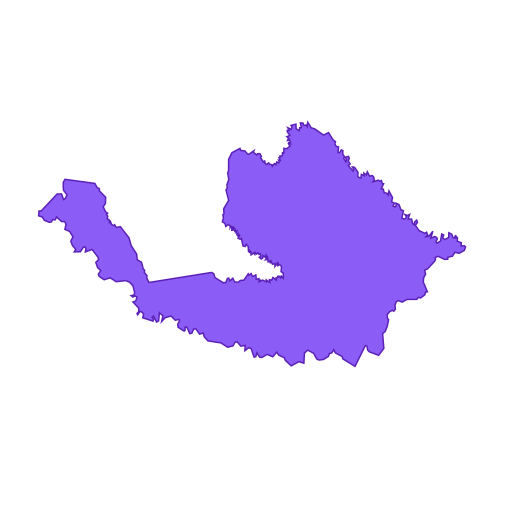 Solano, Caquetá, Colombia, rotated 351°
{"feature_id": "7082276B1556586451217", "entity_name": "Solano", "entity_type": "district", "adm_level": 2, "iso_a3": "COL", "parent_name": "Colombia", "parent_adm1": "Caquetá", "projection": "equal_earth", "projection_center": [-73.482, 0.241], "detail": "fine", "context": "isolated", "style": "filled", "palette": "violet", "viewbox_px": 512, "rotation_deg": 351, "n_neighbors": 0, "source": "geoboundaries", "source_scale": "gbopen_adm2", "svg_char_len": 6129}
<svg xmlns="http://www.w3.org/2000/svg" viewBox="0 0 512 512"><g transform="rotate(351 256 256)"><path d="M79.4,150.4L77.2,153.0L76.4,157.7L76.2,161.1L78.9,166.0L76.7,169.3L74.7,170.1L73.7,164.3L69.4,163.6L50.9,177.9L48.7,177.6L47.6,182.3L51.0,184.1L52.6,187.7L57.1,190.4L59.0,190.4L61.0,188.3L63.3,188.9L65.1,186.3L69.4,191.6L72.5,192.1L73.3,195.0L71.4,199.8L75.8,202.6L78.2,208.5L75.4,212.4L76.4,217.1L79.0,221.2L77.1,223.5L83.2,224.3L86.7,220.5L88.5,220.2L89.2,222.1L88.1,225.3L95.1,223.9L99.8,232.5L99.9,235.0L96.8,237.2L97.7,242.6L100.4,246.2L97.4,249.3L98.0,251.7L102.3,255.7L108.5,254.7L113.9,259.5L123.3,259.9L127.0,262.1L129.8,266.3L130.4,272.5L129.6,275.5L126.5,275.6L127.9,277.2L130.6,276.7L132.0,278.0L130.2,281.6L127.3,282.2L132.0,289.1L131.5,292.6L129.5,294.1L129.9,295.6L132.7,292.7L134.4,293.4L135.9,295.8L134.4,299.3L144.1,304.2L144.9,302.9L143.9,300.1L145.4,299.3L147.5,305.7L149.7,304.8L151.7,296.9L154.7,300.5L152.5,306.0L156.8,302.7L162.7,302.0L166.2,306.8L170.2,306.6L170.2,308.3L168.0,311.1L167.9,314.2L173.2,318.9L174.3,318.4L174.8,315.3L176.5,315.2L178.4,322.3L180.6,322.2L182.9,318.4L185.2,318.6L188.1,324.4L191.7,323.8L192.3,327.9L195.4,332.4L207.7,336.3L213.8,341.7L219.2,341.2L222.0,337.8L224.1,338.0L226.8,342.6L231.3,342.7L230.2,347.8L234.4,345.4L236.7,346.7L238.3,355.6L240.1,355.3L241.7,351.8L243.9,356.6L246.0,357.1L251.7,354.9L256.8,358.2L261.4,354.2L263.0,357.5L267.9,360.8L268.8,363.9L273.6,370.0L281.9,367.1L286.5,369.4L288.6,359.6L292.3,357.0L297.8,361.2L299.9,367.3L301.9,368.6L306.3,368.8L311.8,366.5L313.2,363.9L315.6,363.6L318.2,360.7L319.1,364.0L325.3,368.7L325.7,371.2L336.5,380.5L350.0,361.6L351.6,362.4L351.5,366.3L353.0,368.4L361.6,373.3L367.8,367.3L368.9,352.5L371.8,350.7L374.6,346.0L377.0,339.7L376.0,337.9L376.5,334.4L379.1,332.0L382.3,330.9L383.4,332.1L385.4,330.3L385.5,326.6L387.4,323.0L389.6,322.3L393.1,324.4L398.5,322.5L408.0,324.0L409.9,322.3L412.0,323.2L416.6,320.8L417.9,318.1L419.7,318.2L417.2,308.0L418.1,303.9L420.7,300.4L420.3,296.5L423.5,295.5L431.2,289.5L432.7,287.7L432.8,285.5L435.8,284.8L441.7,288.8L444.8,289.2L445.4,287.2L450.0,286.9L453.0,283.5L457.1,285.1L462.7,283.0L464.4,279.8L463.3,278.4L460.2,278.3L460.8,275.0L457.1,272.8L457.8,269.7L456.4,267.2L455.6,267.5L455.8,269.4L453.5,268.6L452.7,265.0L450.1,263.2L449.2,267.8L445.2,269.3L443.2,267.5L444.7,264.7L442.9,263.3L440.6,270.1L436.8,271.6L435.9,270.2L437.8,267.5L437.3,265.9L435.6,264.7L431.5,265.7L434.5,259.2L430.0,263.5L427.0,263.5L428.9,262.2L428.2,259.2L426.3,260.0L421.0,256.4L418.2,250.6L420.7,248.2L420.3,245.7L418.1,247.0L417.1,250.0L415.8,248.5L415.5,243.9L412.1,243.4L414.2,239.0L412.1,239.7L409.6,238.4L410.8,240.9L408.7,242.9L406.0,241.5L408.7,234.2L406.4,233.2L405.3,227.5L402.5,225.8L402.2,228.7L400.8,229.3L399.2,228.0L401.1,225.5L398.4,223.6L400.0,219.7L397.5,212.6L396.1,216.5L395.0,214.4L392.5,213.5L392.2,209.9L390.3,209.2L393.3,204.6L392.0,204.3L391.7,201.1L390.1,201.6L388.7,200.2L383.2,201.0L384.7,199.3L384.6,196.4L383.5,194.8L380.7,194.8L379.1,190.2L377.8,193.1L375.5,191.0L375.5,193.7L372.8,191.9L371.9,195.2L370.0,194.7L369.0,193.1L369.8,189.3L367.2,183.8L365.1,183.1L366.0,185.8L365.1,187.2L361.2,181.1L363.5,179.9L362.0,176.9L363.4,174.1L363.0,172.1L359.8,172.4L360.5,175.3L359.5,177.1L357.9,173.3L359.0,171.9L357.6,168.8L358.3,165.7L356.9,164.5L354.9,166.9L353.2,166.7L354.6,161.2L352.4,160.3L351.4,157.7L352.4,155.5L350.1,153.0L347.0,145.5L341.6,147.1L333.9,139.6L330.7,138.1L328.0,132.1L326.8,136.2L326.1,134.5L323.6,134.5L323.2,132.0L320.6,131.5L320.9,136.3L319.3,136.1L318.2,139.0L315.5,136.5L316.1,132.0L311.0,132.5L311.7,133.9L310.7,136.4L307.5,134.3L308.5,137.2L306.6,136.7L306.3,138.2L308.4,142.2L305.1,143.0L306.6,144.6L305.2,146.8L307.4,146.5L307.7,150.4L306.1,149.1L305.6,149.9L307.0,150.5L306.0,151.2L306.8,152.8L302.8,154.9L300.4,154.0L299.6,158.6L298.3,158.2L297.6,161.2L295.2,161.0L295.1,162.4L294.1,162.4L295.0,165.4L294.1,166.2L294.6,164.8L293.2,164.8L293.8,165.9L292.9,167.7L291.2,166.3L290.0,168.9L288.7,167.6L286.2,169.9L286.1,168.3L283.7,167.5L283.1,166.0L280.6,167.2L278.7,164.8L279.5,164.8L279.4,163.5L277.7,163.9L276.1,159.8L275.3,160.3L276.9,158.4L275.9,155.6L273.6,155.1L272.6,156.4L269.6,153.1L270.4,151.7L265.0,154.4L263.6,153.9L261.5,150.5L257.3,149.3L257.0,147.2L248.4,150.2L244.1,156.2L242.2,167.6L241.0,169.5L241.1,176.2L238.4,181.1L238.3,184.6L236.7,185.9L237.7,196.8L231.5,204.2L231.0,209.3L229.7,210.1L229.8,213.2L228.1,217.0L230.4,218.9L230.8,222.1L233.6,220.6L235.2,222.3L234.9,223.9L235.9,222.7L236.8,223.3L236.0,226.8L238.1,226.9L237.3,224.8L238.2,223.9L239.5,226.1L239.0,228.3L241.2,228.1L239.7,229.9L241.1,230.7L240.4,232.0L241.6,233.8L242.5,233.7L242.6,232.1L243.1,233.0L241.0,235.6L243.0,237.0L244.3,236.3L244.8,244.2L246.9,244.9L248.2,242.9L249.8,245.4L249.3,250.4L250.4,251.5L250.4,249.5L251.6,251.2L251.3,254.1L253.9,252.7L255.1,254.3L255.7,252.3L257.1,254.2L258.6,253.1L259.3,255.0L260.7,254.6L260.7,257.0L259.0,257.8L260.8,259.8L262.3,259.2L263.0,256.7L264.6,258.4L265.8,256.8L265.6,259.3L267.0,258.2L267.3,259.9L265.0,261.2L267.3,261.3L267.0,263.7L268.9,263.2L269.0,265.5L270.0,263.4L271.0,266.7L273.6,266.5L273.1,269.2L276.4,265.9L276.9,267.0L275.5,269.4L277.5,268.2L278.7,269.0L279.5,270.5L278.3,275.4L280.3,277.3L279.4,282.3L277.8,279.8L276.8,281.4L276.1,279.7L274.3,279.5L274.2,280.6L272.5,280.6L272.2,282.9L269.4,279.8L267.6,282.3L265.6,281.5L265.5,284.3L262.4,281.2L262.2,283.2L258.7,280.8L255.2,281.9L256.1,280.5L255.2,280.4L255.4,278.8L252.6,279.1L252.9,274.7L249.3,275.7L248.4,272.5L245.9,273.9L245.5,272.4L240.2,278.0L236.6,277.7L234.4,279.2L230.8,278.2L229.6,274.3L226.3,276.5L225.6,273.6L224.3,273.6L222.1,277.4L219.5,277.3L212.1,270.9L211.5,266.9L209.6,265.3L146.1,265.4L144.6,260.5L145.3,258.4L143.1,254.6L143.8,252.9L142.6,250.9L141.9,244.2L138.1,241.1L138.4,235.3L134.4,226.4L133.4,218.2L126.6,205.8L122.6,206.0L121.2,203.0L120.2,203.8L118.3,202.2L117.6,199.0L116.5,199.9L116.7,197.5L114.8,195.9L115.8,193.5L114.9,191.3L116.1,190.5L114.3,188.7L112.8,183.5L115.5,180.6L116.7,174.5L111.6,167.3L111.8,164.9L109.8,163.6L108.2,159.1L79.4,150.4Z" fill="#8b5cf6" stroke="#5b21b6" stroke-width="1.5"/></g></svg>